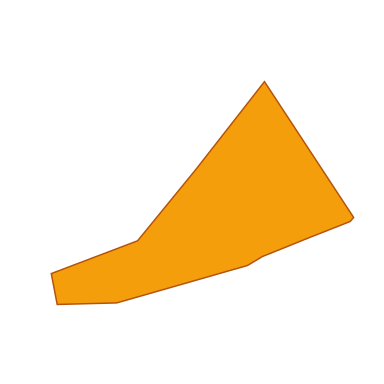 the district of Fond Doux, Soufrière, Saint Lucia, rotated 79°
{"feature_id": "8701671B36300089777335", "entity_name": "Fond Doux", "entity_type": "district", "adm_level": 2, "iso_a3": "LCA", "parent_name": "Saint Lucia", "parent_adm1": "Soufrière", "projection": "mercator", "projection_center": [-61.049, 13.821], "detail": "fine", "context": "isolated", "style": "filled", "palette": "amber", "viewbox_px": 384, "rotation_deg": 79, "n_neighbors": 0, "source": "geoboundaries", "source_scale": "gbopen_adm2", "svg_char_len": 345}
<svg xmlns="http://www.w3.org/2000/svg" viewBox="0 0 384 384"><g transform="rotate(79 192 192)"><path d="M273.8,149.0L268.8,135.3L259.0,84.8L251.1,42.3L247.8,38.2L97.5,99.8L170.6,183.9L229.5,254.7L243.9,338.0L245.2,345.7L276.7,345.8L277.0,343.8L286.5,287.1L274.7,151.5L273.8,149.0Z" fill="#f59e0b" stroke="#b45309" stroke-width="1.5"/></g></svg>